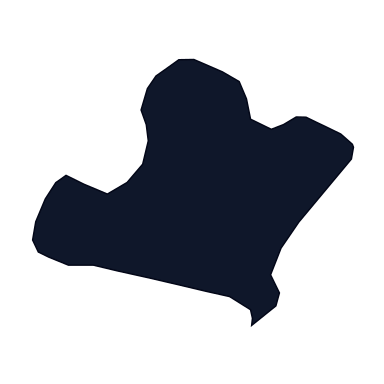 Aberdeen, Albers equal-area conic projection, rotated 26°
{"feature_id": "GBR-2012", "entity_name": "Aberdeen", "entity_type": "Unitary District (city)", "adm_level": 1, "iso_a3": "GBR", "parent_name": "United Kingdom", "parent_adm1": "", "projection": "albers", "projection_center": [-2.195, 57.162], "detail": "fine", "context": "isolated", "style": "filled", "palette": "ink", "viewbox_px": 384, "rotation_deg": 26, "n_neighbors": 0, "source": "natural_earth", "source_scale": "10m", "svg_char_len": 746}
<svg xmlns="http://www.w3.org/2000/svg" viewBox="0 0 384 384"><g transform="rotate(26 192 192)"><path d="M320.8,92.5L301.2,172.1L296.6,203.4L298.9,232.0L314.8,244.4L317.3,257.6L304.1,285.7L301.7,279.0L296.2,272.1L271.6,269.5L248.5,275.0L212.1,283.2L188.2,288.7L159.9,295.5L135.3,301.0L113.0,311.9L92.1,313.3L80.2,313.3L69.8,305.0L64.6,287.2L63.2,262.5L65.5,243.3L71.5,232.3L91.5,232.4L116.8,231.0L129.5,211.9L135.5,188.6L130.3,165.2L121.4,151.5L110.3,140.6L106.6,118.6L108.8,103.5L114.1,93.9L122.2,78.9L135.6,72.1L166.7,70.7L186.0,72.1L200.1,84.4L212.7,100.9L224.6,100.9L235.8,100.9L244.7,91.3L252.8,78.9L261.7,74.8L272.8,74.8L282.5,74.7L300.3,74.7L315.2,78.8L317.5,81.0L320.8,92.5Z" fill="#0f172a" stroke="#020617" stroke-width="1.5"/></g></svg>